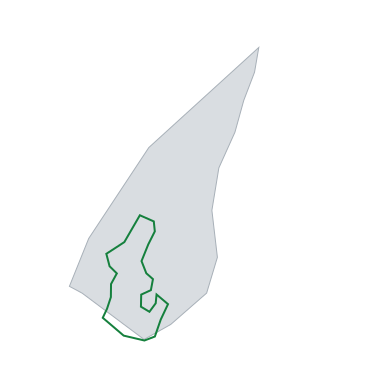 location of Triesen within Liechtenstein, rotated 31°
{"feature_id": "LIE-4893", "entity_name": "Triesen", "entity_type": "state/province", "adm_level": 1, "iso_a3": "LIE", "parent_name": "Liechtenstein", "parent_adm1": "", "projection": "mercator", "projection_center": [9.548, 47.092], "detail": "fine", "context": "in_parent", "style": "outline", "palette": "green", "viewbox_px": 384, "rotation_deg": 31, "n_neighbors": 0, "source": "natural_earth", "source_scale": "10m", "svg_char_len": 728}
<svg xmlns="http://www.w3.org/2000/svg" viewBox="0 0 384 384"><g transform="rotate(31 192 192)"><path d="M226.8,343.1L149.9,335.3L135.5,336.0L127.4,285.0L132.1,176.1L174.8,33.7L183.9,57.1L189.2,86.9L198.0,118.6L202.6,157.5L218.5,197.5L247.4,234.9L256.6,271.1L242.0,316.4L226.8,343.1Z" fill="#d9dde1" stroke="#a8b0b8" stroke-width="1"/><path d="M234.6,335.0L227.7,343.8L207.4,350.3L180.3,345.8L179.3,335.9L176.6,323.9L170.0,312.6L169.5,300.5L159.6,298.1L150.4,289.1L159.8,269.8L159.3,238.8L174.4,236.9L180.4,244.9L181.5,259.4L184.3,277.2L194.7,285.2L203.4,286.8L207.3,297.3L201.3,306.1L207.3,316.6L217.2,316.6L218.2,306.1L214.4,298.1L229.2,300.5L230.9,317.4L234.6,335.0Z" fill="none" stroke="#15803d" stroke-width="2"/></g></svg>